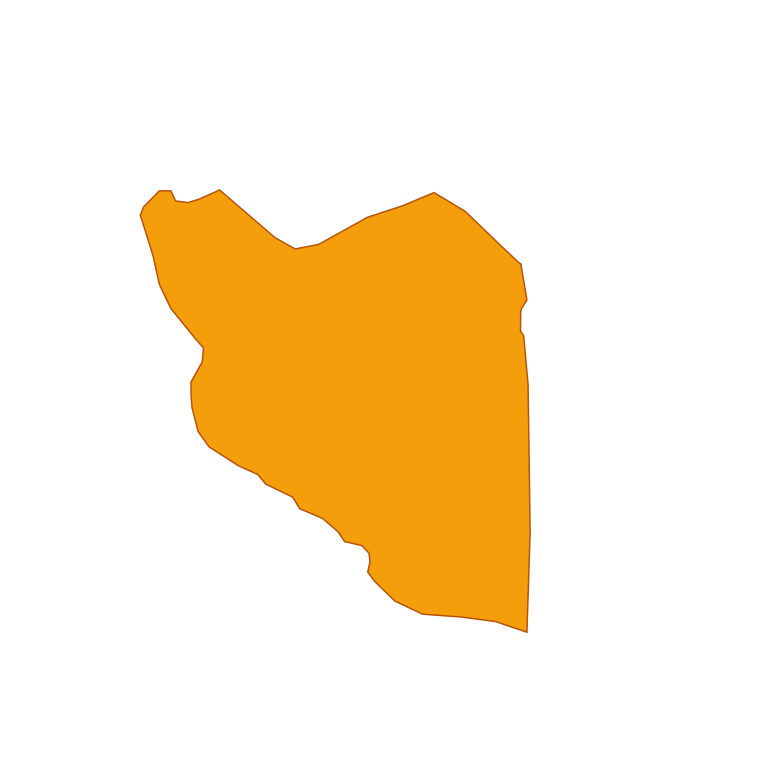 Boe & Quilla, Nimba, Liberia, rotated 326°
{"feature_id": "62588387B21067170743113", "entity_name": "Boe & Quilla", "entity_type": "district", "adm_level": 2, "iso_a3": "LBR", "parent_name": "Liberia", "parent_adm1": "Nimba", "projection": "natural_earth1", "projection_center": [-8.658, 6.778], "detail": "fine", "context": "isolated", "style": "filled", "palette": "amber", "viewbox_px": 768, "rotation_deg": 326, "n_neighbors": 0, "source": "geoboundaries", "source_scale": "gbopen_adm2", "svg_char_len": 1321}
<svg xmlns="http://www.w3.org/2000/svg" viewBox="0 0 768 768"><g transform="rotate(326 384 384)"><path d="M365.0,667.9L381.2,645.4L391.1,631.8L414.0,600.0L422.5,588.2L464.1,524.7L503.2,464.9L511.7,449.4L526.8,422.1L526.8,416.4L537.3,401.2L538.7,399.6L539.6,398.7L549.5,394.2L559.7,371.7L564.7,360.6L563.9,359.9L558.8,337.1L557.4,330.9L556.1,324.7L547.8,286.1L541.7,273.0L536.4,261.6L532.5,253.3L528.5,252.5L518.8,250.5L499.5,246.8L478.9,240.9L463.3,236.5L459.7,236.2L435.3,234.1L407.7,231.7L388.3,223.4L385.9,222.4L375.5,201.8L370.4,183.1L369.5,179.9L356.2,131.2L338.8,128.2L334.2,127.4L323.1,124.1L319.1,120.6L313.6,115.7L315.3,104.7L305.8,98.3L300.6,99.3L283.6,102.8L276.3,107.9L275.3,111.2L275.0,112.5L270.2,128.7L264.0,149.2L256.7,167.5L254.2,173.9L253.5,175.7L249.9,199.6L249.5,202.2L251.3,222.1L252.9,240.9L254.5,253.1L251.4,257.0L245.6,264.1L225.0,274.5L217.8,285.4L211.6,296.3L205.0,314.8L203.3,319.6L203.7,334.9L203.8,338.3L217.7,370.6L228.8,388.5L229.7,398.2L230.0,400.9L241.8,421.2L245.0,426.7L244.9,429.7L244.4,440.3L257.8,460.9L262.4,477.7L263.3,480.9L263.3,486.1L263.2,492.6L275.2,505.5L277.0,515.8L273.0,523.5L265.4,530.8L265.8,542.1L271.5,569.3L271.6,570.0L287.2,596.3L290.7,599.1L317.4,620.1L343.7,643.4L354.1,657.1L363.7,669.7L365.0,667.9Z" fill="#f59e0b" stroke="#b45309" stroke-width="1.5"/></g></svg>